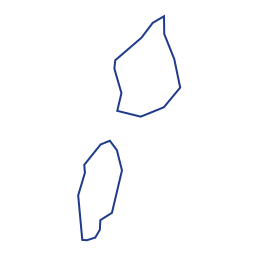 Samoa, Natural Earth projection, rotated 85°
{"feature_id": "WSM", "entity_name": "Samoa", "entity_type": "country or territory", "adm_level": 0, "iso_a3": "WSM", "parent_name": "Oceania", "parent_adm1": "", "projection": "natural_earth1", "projection_center": [-172.071, -13.756], "detail": "fine", "context": "isolated", "style": "outline", "palette": "blue", "viewbox_px": 256, "rotation_deg": 85, "n_neighbors": 0, "source": "natural_earth", "source_scale": "50m", "svg_char_len": 473}
<svg xmlns="http://www.w3.org/2000/svg" viewBox="0 0 256 256"><g transform="rotate(85 128 128)"><path d="M92.3,72.5L110.5,90.5L117.8,114.4L110.0,137.2L92.7,131.5L67.7,136.4L59.4,134.8L39.3,106.8L25.4,94.2L19.8,82.4L37.5,83.7L63.4,75.9L92.3,72.5ZM235.5,183.3L190.8,183.5L168.8,174.8L160.9,174.8L142.0,156.7L139.1,147.2L149.1,141.0L169.7,137.7L211.1,151.4L217.4,163.6L226.9,164.9L234.3,170.2L236.2,178.7L235.5,183.3Z" fill="none" stroke="#1e3a8a" stroke-width="2"/></g></svg>